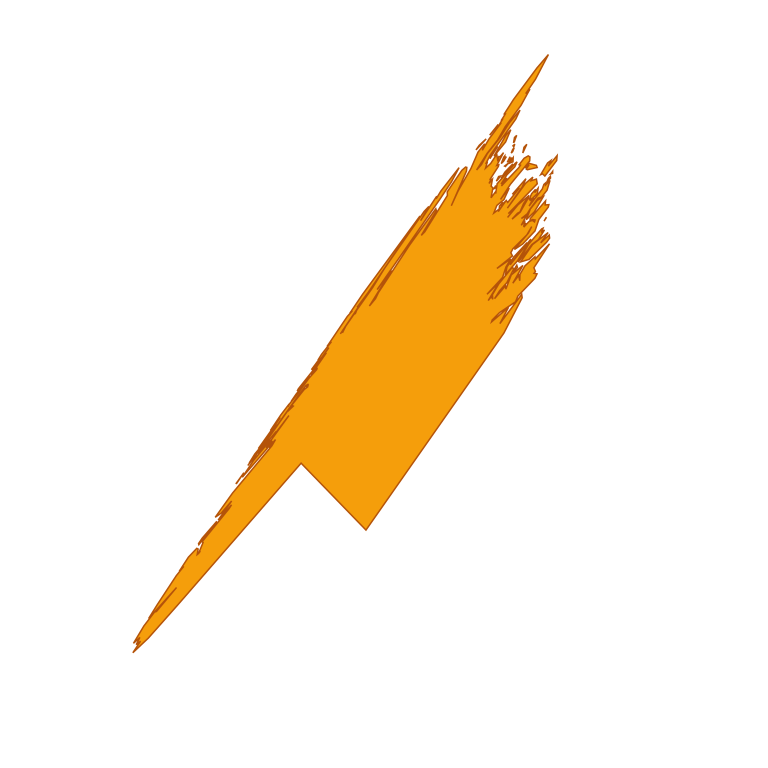 an SVG outline of Nationalparken, rotated 305°
{"feature_id": "GRL-2742", "entity_name": "Nationalparken", "entity_type": "state/province", "adm_level": 1, "iso_a3": "GRL", "parent_name": "Greenland", "parent_adm1": "", "projection": "equal_earth", "projection_center": [-27.197, 77.317], "detail": "fine", "context": "isolated", "style": "filled", "palette": "amber", "viewbox_px": 768, "rotation_deg": 305, "n_neighbors": 0, "source": "natural_earth", "source_scale": "10m", "svg_char_len": 6190}
<svg xmlns="http://www.w3.org/2000/svg" viewBox="0 0 768 768"><g transform="rotate(305 384 384)"><path d="M533.9,447.7L494.5,453.0L254.0,453.0L271.6,361.5L84.1,341.7L40.6,336.7L19.8,332.4L33.7,332.1L28.4,330.5L36.4,329.4L27.9,327.5L48.1,326.1L65.5,326.8L67.2,328.1L98.3,330.8L56.9,325.7L73.8,324.8L108.0,323.8L119.8,324.6L113.1,323.7L130.0,323.1L142.0,324.9L142.2,326.4L137.1,328.8L138.8,329.3L141.8,329.4L139.3,329.2L150.4,326.7L150.4,325.5L193.1,328.6L197.6,328.4L177.4,326.2L200.8,326.3L184.8,324.7L178.0,322.2L207.9,322.5L269.1,327.6L276.3,327.0L265.7,325.8L273.4,325.0L267.9,324.4L271.4,323.7L303.7,324.2L281.9,323.3L283.5,322.9L254.8,320.4L308.0,320.5L306.2,320.8L313.9,322.4L313.8,321.2L310.1,320.7L314.7,320.6L333.8,321.8L337.8,323.1L340.5,322.2L336.9,321.8L339.0,321.4L337.9,320.9L323.3,320.4L252.0,319.9L239.1,319.2L252.0,319.4L241.9,318.9L252.5,318.3L264.6,319.3L289.4,319.4L259.0,318.1L297.0,318.3L280.7,317.6L299.8,317.2L313.4,317.8L310.1,318.3L313.9,318.0L327.7,319.0L345.5,319.2L357.1,320.6L359.1,320.0L349.7,319.0L376.5,318.9L354.7,318.5L382.2,317.9L356.5,317.6L354.0,317.3L356.4,316.9L354.1,316.3L369.1,316.7L365.6,316.2L372.4,315.8L388.5,316.7L382.1,315.8L418.3,315.2L425.8,316.1L422.3,315.4L445.0,315.0L542.3,317.1L449.4,318.5L431.3,317.9L444.9,318.6L400.0,319.5L404.6,319.6L402.0,320.6L409.5,319.5L422.8,319.4L425.7,319.8L424.7,320.3L428.8,319.3L456.5,319.4L478.9,318.1L548.5,317.9L555.2,318.9L538.8,320.3L566.9,319.5L568.2,319.6L565.6,319.7L567.7,320.2L565.6,320.5L574.7,319.9L604.3,321.4L588.5,323.3L567.7,323.8L457.4,324.2L481.4,325.0L439.5,327.3L449.0,328.1L455.8,327.0L512.2,325.3L557.3,325.9L556.1,327.4L527.1,329.3L532.0,330.1L574.8,327.8L577.7,325.6L603.6,325.2L608.5,326.4L608.9,327.6L605.8,329.4L568.6,336.9L584.6,334.0L610.4,331.6L628.0,328.0L638.5,328.7L631.8,330.5L645.2,329.5L665.2,330.2L664.0,329.6L669.8,329.2L666.8,328.9L674.8,328.5L674.3,327.6L691.4,326.9L730.7,328.0L748.2,329.7L720.4,333.3L703.1,333.5L709.3,334.4L691.0,336.4L664.5,335.7L649.0,337.1L632.2,336.2L612.4,337.1L619.6,338.0L632.0,336.5L652.9,337.7L669.6,336.9L686.4,338.3L676.6,340.0L632.5,339.7L622.5,341.1L625.5,341.2L619.0,343.4L625.8,344.9L636.9,344.6L631.6,349.6L636.2,347.6L636.8,348.7L642.1,349.2L627.7,351.0L629.4,352.3L627.8,352.9L611.8,353.5L613.8,354.2L608.5,355.0L613.8,355.4L607.4,358.4L607.2,360.7L597.9,364.9L605.6,365.1L604.0,366.3L612.9,361.8L640.1,364.9L642.3,365.6L636.8,366.6L625.7,364.7L614.9,365.2L623.1,366.5L620.3,367.1L613.5,366.6L638.4,370.3L641.5,370.3L641.1,368.9L649.3,369.3L653.6,371.3L653.7,373.3L650.3,375.4L620.1,373.0L602.0,373.6L616.3,374.2L603.8,376.5L595.0,374.0L587.0,375.9L593.4,378.0L596.0,376.5L601.1,377.1L596.9,377.5L602.8,378.5L590.7,378.7L604.5,378.8L603.7,381.2L622.3,382.5L613.0,380.3L633.6,382.5L624.7,384.2L598.8,384.2L629.8,384.9L638.9,387.3L634.9,387.9L639.3,391.3L635.9,394.7L594.9,388.1L608.0,390.7L591.3,389.7L607.7,391.0L621.8,394.7L611.7,394.9L603.0,396.7L600.4,395.4L592.6,394.3L593.0,394.5L602.9,397.0L619.4,395.5L618.3,398.5L620.8,399.9L613.0,400.8L634.5,401.8L639.2,400.5L641.3,401.0L639.6,402.2L646.0,403.2L636.3,406.4L627.5,405.9L624.7,403.6L611.2,403.3L605.5,403.7L598.4,401.6L603.3,404.1L592.7,405.4L598.8,405.7L594.8,407.4L597.3,408.1L592.6,408.5L600.3,409.6L603.1,411.7L603.1,414.3L605.0,413.7L604.0,411.4L601.5,409.9L603.4,408.9L626.7,411.3L623.1,413.3L625.5,416.2L623.1,417.1L607.6,416.5L595.9,419.9L578.2,417.3L569.0,413.7L590.3,415.7L597.7,414.7L588.1,415.5L568.6,412.0L564.3,412.6L562.6,415.8L543.4,410.2L559.1,416.1L549.7,416.8L539.3,420.0L516.6,416.9L532.7,420.1L512.1,421.5L517.1,421.8L515.8,424.5L519.3,421.6L531.9,420.6L553.5,422.2L552.3,424.3L537.6,426.5L526.7,425.2L517.3,425.6L534.1,427.2L531.6,429.4L546.3,425.7L560.8,429.8L540.4,431.7L550.1,432.1L546.4,436.0L551.8,432.5L561.7,431.7L574.8,434.7L573.2,436.2L593.8,439.2L565.2,440.1L563.0,443.5L560.7,443.4L562.0,446.2L557.1,447.0L532.8,443.2L526.8,444.6L508.8,437.7L498.5,435.9L496.6,436.5L518.2,442.0L499.9,444.3L536.4,445.4L533.9,447.7ZM246.8,321.0L273.4,323.2L264.0,324.2L268.6,325.0L264.2,325.3L226.3,321.4L246.8,321.0ZM602.2,431.6L589.5,431.4L600.8,433.9L598.5,436.0L593.4,435.9L569.2,431.3L562.4,425.9L583.4,425.7L602.2,431.6ZM561.7,422.7L543.3,420.7L550.5,417.6L562.6,417.5L582.0,420.1L554.7,418.8L554.1,419.0L587.0,421.2L561.7,422.7ZM633.7,343.4L657.9,341.2L665.0,342.0L652.0,344.8L633.7,343.4ZM602.3,427.1L591.0,427.7L583.0,425.1L560.8,424.1L581.7,422.3L601.5,424.2L602.8,424.9L598.2,426.1L602.3,427.1ZM622.3,404.2L628.6,407.1L611.3,408.4L600.1,406.3L611.3,403.5L622.3,404.2ZM670.4,394.8L666.1,397.3L646.6,396.5L647.1,393.2L645.4,392.3L658.9,391.2L662.8,392.5L656.7,393.7L670.4,394.8ZM146.2,324.5L146.9,323.6L153.6,323.5L175.7,325.8L146.2,324.5ZM650.5,383.4L649.2,385.3L641.7,378.5L641.7,377.2L646.7,377.1L641.9,375.4L648.0,376.3L650.5,383.4ZM632.8,397.9L628.0,400.4L619.6,398.8L620.7,396.5L624.6,395.8L630.4,396.5L627.2,397.7L632.8,397.9ZM643.4,327.1L628.5,325.1L634.2,325.1L643.4,327.1ZM331.0,316.6L357.0,318.2L328.3,317.0L331.0,316.6ZM329.9,317.9L347.8,318.3L342.3,318.9L329.9,317.9ZM643.9,340.9L629.3,341.5L634.4,340.1L643.9,340.9ZM325.5,317.8L339.5,319.0L316.5,317.9L325.5,317.8ZM662.3,363.5L652.8,365.2L658.2,362.9L662.3,363.5ZM626.9,361.5L638.3,363.3L619.6,361.9L626.9,361.5ZM642.4,356.9L640.3,358.3L643.0,359.3L637.4,359.1L637.0,357.7L642.4,356.9ZM662.2,328.7L649.5,328.0L648.5,327.8L662.2,328.7ZM231.0,320.1L218.3,320.3L217.2,319.9L231.0,320.1ZM640.5,353.8L635.1,354.2L631.8,353.6L638.4,352.0L640.0,352.1L637.7,353.4L640.2,353.5L636.7,353.6L640.5,353.8ZM663.8,350.1L659.9,351.0L657.8,351.7L655.8,351.8L660.8,349.5L663.8,350.1ZM649.5,401.2L648.2,402.3L642.1,401.8L646.8,400.7L649.5,401.2ZM640.0,362.2L636.7,360.0L643.5,360.0L640.0,362.2ZM557.5,424.6L556.0,426.5L549.4,425.6L552.4,424.9L557.5,424.6ZM621.1,360.1L617.8,360.1L614.6,359.7L619.7,358.9L621.1,360.1ZM636.2,359.2L631.8,358.7L631.7,357.8L636.2,359.2ZM652.2,355.1L648.3,356.1L646.1,355.8L649.9,354.9L652.2,355.1ZM608.5,362.8L607.1,362.1L610.7,361.7L608.5,362.8ZM652.6,354.3L653.1,353.0L655.5,353.6L652.6,354.3ZM654.9,400.2L653.3,401.3L651.6,400.0L653.4,400.2L654.9,400.2ZM609.2,421.7L613.2,421.3L613.7,421.5L609.2,421.7Z" fill="#f59e0b" stroke="#b45309" stroke-width="1.5"/></g></svg>